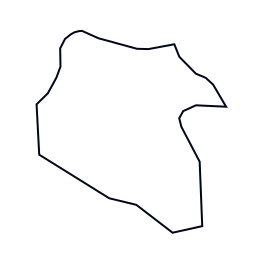 SVG path tracing the border of Mozirje, rotated 283°
{"feature_id": "SVN-973", "entity_name": "Mozirje", "entity_type": "Municipality", "adm_level": 1, "iso_a3": "SVN", "parent_name": "Slovenia", "parent_adm1": "", "projection": "orthographic", "projection_center": [14.959, 46.351], "detail": "fine", "context": "isolated", "style": "outline", "palette": "ink", "viewbox_px": 256, "rotation_deg": 283, "n_neighbors": 0, "source": "natural_earth", "source_scale": "10m", "svg_char_len": 508}
<svg xmlns="http://www.w3.org/2000/svg" viewBox="0 0 256 256"><g transform="rotate(283 128 128)"><path d="M36.0,195.0L55.0,153.4L55.3,125.5L82.0,47.5L130.5,33.6L143.8,42.1L160.9,46.9L172.6,48.4L190.3,44.0L200.6,46.6L206.2,51.0L209.2,54.3L211.4,58.5L212.3,61.4L208.8,78.9L207.2,118.9L209.5,130.2L220.0,154.3L208.9,162.0L196.2,181.9L194.4,192.4L189.4,201.2L170.8,218.8L165.4,189.1L156.9,178.0L149.0,175.7L141.1,179.8L111.3,205.4L49.1,222.4L36.0,195.0Z" fill="none" stroke="#020617" stroke-width="2"/></g></svg>